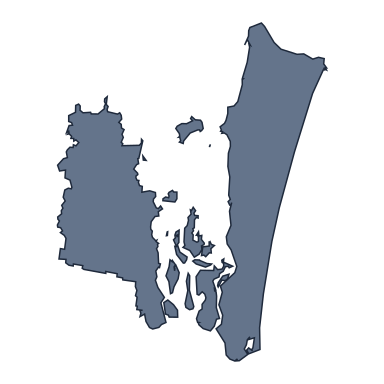 Redland, Queensland, Australia
{"feature_id": "25037944B35450059513963", "entity_name": "Redland", "entity_type": "district", "adm_level": 2, "iso_a3": "AUS", "parent_name": "Australia", "parent_adm1": "Queensland", "projection": "equal_earth", "projection_center": [153.338, -27.564], "detail": "fine", "context": "isolated", "style": "filled", "palette": "slate", "viewbox_px": 384, "rotation_deg": 0, "n_neighbors": 0, "source": "geoboundaries", "source_scale": "gbopen_adm2", "svg_char_len": 6045}
<svg xmlns="http://www.w3.org/2000/svg" viewBox="0 0 384 384"><path d="M249.9,27.5L248.7,30.6L248.5,36.2L244.6,45.0L247.3,39.6L250.3,45.2L249.0,44.4L249.6,47.2L247.2,62.3L242.3,78.7L243.2,78.8L242.2,79.6L242.3,84.7L237.8,101.6L234.0,106.0L227.8,107.2L227.8,113.5L226.0,120.4L224.5,123.4L220.1,126.8L221.4,130.0L220.6,131.2L222.6,131.7L221.8,133.3L224.3,133.0L226.9,134.7L230.3,141.4L230.4,146.4L228.4,153.2L227.9,166.5L229.8,177.0L228.7,195.2L230.3,199.4L228.1,201.6L229.7,205.1L230.8,205.1L231.7,202.6L229.5,211.2L231.0,225.4L226.3,236.7L227.2,244.0L231.1,249.8L236.8,266.4L234.8,272.7L220.4,286.1L222.3,292.2L218.9,304.8L222.7,315.2L221.4,324.3L216.1,328.8L225.0,343.0L226.2,355.0L229.9,359.1L234.8,361.0L237.4,358.9L236.4,360.9L239.3,360.7L247.8,354.4L244.3,349.0L246.4,344.8L247.3,339.8L249.9,336.8L248.1,339.7L254.4,337.8L252.9,347.9L251.8,349.4L252.4,350.8L248.7,347.9L246.7,350.1L248.8,353.8L260.0,349.5L259.6,327.7L263.4,293.8L271.9,241.3L279.3,207.7L294.5,151.8L312.6,93.4L323.3,69.9L324.4,69.9L324.1,68.8L326.4,69.9L325.3,67.8L326.6,67.9L323.7,63.9L324.2,58.6L318.5,57.3L312.8,59.1L303.8,53.9L297.0,54.3L281.0,49.2L274.1,42.5L264.6,26.5L261.4,23.0L249.9,27.5ZM60.4,232.6L64.3,235.4L66.0,238.4L64.6,249.3L60.4,248.6L59.0,259.0L66.0,259.4L65.7,262.8L68.9,265.2L73.2,266.0L73.4,264.0L82.8,265.6L82.2,268.3L83.9,269.4L105.8,273.4L105.8,271.5L117.2,273.7L116.9,276.8L122.6,277.9L122.8,279.9L135.7,281.7L135.4,286.6L136.9,290.4L135.5,295.7L137.1,297.2L135.9,305.9L137.3,306.2L136.8,309.6L142.6,310.3L139.8,310.3L140.9,313.2L140.0,316.6L144.6,314.1L146.0,321.5L149.5,327.5L152.7,329.0L158.9,327.4L161.5,324.5L166.0,322.5L160.9,302.8L164.4,297.4L157.9,287.5L155.4,280.2L156.9,276.8L155.8,271.0L158.5,267.1L159.5,267.6L160.4,263.9L158.6,263.3L158.1,252.8L156.5,248.7L157.9,246.5L157.5,244.2L158.6,243.4L156.1,241.6L156.7,240.3L155.8,240.8L152.5,237.4L151.7,234.7L152.3,231.1L150.8,229.3L150.6,226.8L151.2,221.7L155.0,216.5L158.8,216.0L158.3,211.7L162.5,208.9L160.6,206.0L158.3,208.6L156.3,207.9L153.2,201.7L153.5,199.0L155.7,196.5L155.4,192.5L149.7,190.8L141.9,192.2L142.3,186.4L139.5,185.6L138.4,182.3L138.9,180.5L137.0,180.2L135.9,177.7L136.0,176.0L137.8,174.6L137.6,173.2L133.7,169.1L136.6,164.6L138.6,163.7L137.8,158.6L138.8,158.4L142.8,140.8L141.5,139.3L141.4,142.9L139.4,145.3L122.0,145.7L122.8,143.7L121.2,142.3L123.3,137.4L122.0,134.3L124.1,129.6L121.5,128.0L121.2,124.3L118.8,122.4L121.7,119.1L121.2,115.3L119.7,112.8L117.5,114.1L107.6,111.7L107.1,109.5L108.1,106.5L106.3,104.4L107.2,96.7L104.7,98.9L104.5,101.7L105.6,103.8L104.2,106.6L104.4,108.7L98.0,114.0L91.2,113.9L90.6,112.3L83.0,112.8L80.1,110.3L80.2,106.0L78.6,104.1L75.7,105.4L75.5,112.3L68.7,115.6L68.7,121.5L71.6,122.6L72.5,125.2L69.1,125.5L66.5,132.8L68.7,131.2L69.0,132.8L67.7,134.2L69.2,133.9L71.6,136.3L70.9,138.4L73.7,138.5L73.8,141.1L75.9,139.9L78.8,142.5L76.0,145.8L73.4,144.8L73.1,147.5L70.0,147.2L67.4,149.8L66.3,151.9L67.4,157.6L63.5,158.7L57.6,165.2L59.6,171.0L65.5,170.1L65.0,177.9L70.0,180.1L71.9,187.3L71.3,188.8L68.3,188.2L64.8,190.0L63.2,197.2L65.2,201.0L61.7,205.3L62.9,208.2L61.3,210.7L61.6,213.8L57.7,217.0L57.9,219.2L59.4,221.0L57.4,225.0L57.7,227.1L60.6,227.7L62.5,230.9L60.4,232.6ZM203.2,328.6L210.4,330.9L214.3,326.2L216.5,319.2L219.5,318.5L216.3,307.6L216.6,296.2L216.1,292.0L214.7,290.9L214.5,289.3L216.0,291.2L215.7,289.6L212.8,281.1L214.1,279.1L219.0,276.9L219.6,273.6L223.2,271.3L225.4,266.7L228.3,266.3L229.2,267.8L232.7,266.2L223.4,262.1L223.8,258.9L221.8,260.2L222.1,262.4L223.6,263.4L223.7,266.2L222.0,269.1L217.6,269.6L214.3,265.9L213.7,270.5L200.4,270.3L196.1,276.7L197.1,294.3L198.9,295.1L202.2,291.8L204.8,294.1L205.9,297.7L205.3,300.2L202.1,304.3L202.1,309.0L199.1,311.1L196.5,318.7L197.6,322.3L198.9,322.5L198.2,322.8L199.0,324.9L203.2,328.6ZM191.1,214.1L188.0,217.5L188.5,220.3L187.2,225.6L184.7,228.2L184.0,241.9L184.9,245.5L183.0,247.4L189.8,250.5L194.3,257.2L199.2,254.1L201.9,249.5L201.5,245.9L204.0,244.6L204.3,243.2L201.4,239.4L201.8,235.4L199.0,236.0L198.5,231.8L196.4,235.2L197.6,235.1L198.5,237.6L198.4,241.5L196.9,242.2L192.9,240.1L193.2,234.9L191.8,233.0L193.5,230.8L192.8,228.7L194.3,227.8L194.5,219.7L196.5,217.4L198.1,218.0L198.1,215.7L194.6,215.4L193.9,213.2L195.6,210.7L193.2,207.3L191.5,210.5L190.4,209.9L191.1,214.1ZM179.4,142.1L183.2,143.5L183.6,141.0L190.2,133.0L197.8,129.9L199.6,129.9L200.2,131.5L201.6,130.6L203.2,128.5L202.0,122.3L200.5,120.2L195.3,119.8L191.7,116.6L190.6,118.6L192.6,120.8L186.6,123.7L181.8,123.6L177.2,126.2L175.8,128.5L179.4,133.7L179.7,136.3L178.7,137.2L179.7,137.1L180.7,140.8L179.4,142.1ZM169.1,266.7L166.0,275.9L168.9,281.6L170.5,293.7L172.5,292.7L174.0,286.8L178.1,278.9L179.2,272.7L175.9,265.3L174.3,266.9L174.9,268.8L174.6,270.8L174.1,266.8L175.5,264.8L172.4,260.5L172.1,261.6L170.0,259.8L169.1,266.7ZM163.8,302.6L165.5,314.1L168.3,315.1L169.2,317.1L177.7,317.2L177.5,310.2L173.5,304.7L167.8,300.0L163.8,302.6ZM189.4,290.2L189.7,275.8L188.2,273.3L186.4,281.2L187.8,290.6L185.1,303.7L185.9,307.4L189.6,309.7L192.9,308.8L193.8,306.6L189.4,290.2ZM162.9,200.7L174.9,202.0L176.9,198.8L176.9,192.1L173.7,192.0L172.5,190.4L169.0,192.4L168.2,193.9L169.1,196.0L168.6,197.7L165.6,197.0L163.0,198.8L162.9,200.7ZM174.8,246.3L176.6,254.5L183.3,263.1L184.6,263.0L186.6,259.8L187.1,257.0L179.9,252.1L177.8,245.8L176.6,246.6L174.8,246.3ZM209.2,246.0L202.8,246.9L201.5,255.6L203.8,255.1L205.7,256.7L209.3,252.8L211.3,253.0L210.9,248.7L214.4,245.5L211.3,244.4L210.1,241.8L209.4,242.9L209.1,241.3L209.2,246.0ZM206.9,263.5L199.2,260.2L200.1,260.0L194.8,259.8L192.8,261.1L196.2,264.0L205.5,267.1L210.6,265.0L211.6,264.0L206.9,263.5ZM173.5,239.8L176.3,246.1L178.9,242.4L178.9,235.6L177.1,236.7L176.5,235.4L179.0,234.3L179.1,230.1L176.0,232.0L174.9,235.1L175.3,238.0L173.5,239.8ZM217.6,285.7L218.2,287.0L221.8,280.2L225.2,280.6L227.5,278.9L229.0,274.2L222.8,276.1L218.3,282.6L217.6,285.7ZM142.9,156.0L143.3,160.1L146.1,160.4L142.9,156.0ZM166.4,235.7L167.4,235.5L167.7,231.7L167.2,231.9L166.4,235.7ZM210.4,144.4L209.5,146.3L209.6,147.0L210.4,144.4Z" fill="#64748b" stroke="#1e293b" stroke-width="1.5"/></svg>